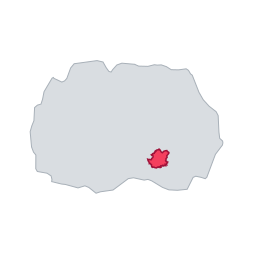 Demir Kapija, Demir Kapija, North Macedonia shown in context, rotated 17°
{"feature_id": "65306769B1402835444879", "entity_name": "Demir Kapija", "entity_type": "district", "adm_level": 2, "iso_a3": "MKD", "parent_name": "North Macedonia", "parent_adm1": "Demir Kapija", "projection": "equal_earth", "projection_center": [22.242, 41.393], "detail": "fine", "context": "in_parent", "style": "filled", "palette": "rose", "viewbox_px": 256, "rotation_deg": 17, "n_neighbors": 0, "source": "geoboundaries", "source_scale": "gbopen_adm2", "svg_char_len": 2242}
<svg xmlns="http://www.w3.org/2000/svg" viewBox="0 0 256 256"><g transform="rotate(17 128 128)"><path d="M116.0,65.2L120.1,65.7L129.1,63.2L134.7,59.8L137.6,59.3L141.4,57.9L146.8,58.1L152.3,59.6L159.4,57.6L166.3,54.4L169.0,55.2L172.0,58.0L174.0,58.7L185.5,73.2L191.7,79.0L199.1,83.4L207.6,86.7L210.6,89.8L216.1,105.2L218.7,111.1L222.3,112.8L223.1,114.5L223.3,116.7L219.3,127.6L217.8,152.0L216.7,153.9L212.5,153.8L206.9,154.3L204.7,156.2L202.5,169.3L193.5,173.1L185.2,175.2L178.3,174.7L166.1,171.6L162.1,171.3L158.7,173.1L147.8,174.0L143.1,176.3L131.8,191.7L120.4,197.0L116.5,199.7L107.9,196.3L103.7,195.9L97.7,199.9L84.5,200.3L80.9,201.0L70.7,201.6L70.3,199.4L68.5,196.3L63.7,194.9L54.0,196.1L51.7,193.9L47.8,180.8L44.7,178.7L41.3,174.3L35.5,160.1L35.4,153.9L35.9,148.5L32.7,135.8L34.7,132.6L37.8,130.6L37.9,125.5L37.1,117.8L40.8,102.6L41.8,101.5L42.7,102.2L51.3,103.4L53.6,101.5L55.0,98.5L55.6,87.4L57.7,82.3L78.7,72.6L84.8,72.2L89.5,76.7L93.2,79.5L95.5,79.4L96.3,76.6L98.9,71.0L103.2,67.8L115.9,65.1L116.0,65.2Z" fill="#d9dde1" stroke="#a8b0b8" stroke-width="1"/><path d="M174.0,144.7L173.2,143.2L174.4,140.4L174.2,139.4L172.4,138.9L171.8,138.2L170.6,138.7L169.0,139.8L168.1,141.6L167.3,141.5L166.2,140.8L165.3,139.7L164.6,139.7L164.2,139.1L163.7,139.2L163.6,139.8L162.0,140.6L161.0,141.8L161.5,142.1L161.3,142.5L160.8,142.6L160.9,143.0L160.6,143.1L160.4,143.5L160.5,144.5L159.9,144.7L159.3,145.8L159.0,145.6L158.9,146.0L158.1,146.8L158.9,147.3L159.3,147.0L159.5,147.2L160.2,147.4L160.4,148.3L160.3,149.1L159.5,150.3L159.7,150.6L159.4,151.6L157.7,151.9L157.4,151.8L156.9,152.2L156.0,152.1L156.8,153.5L157.4,153.8L158.6,155.2L158.8,155.9L159.7,155.4L160.5,156.1L161.1,156.1L161.1,156.5L161.9,157.9L162.4,158.3L162.7,158.0L163.2,158.4L164.1,157.8L165.3,158.1L167.0,157.8L167.5,156.9L167.9,156.9L168.3,156.4L168.7,156.6L169.4,155.9L170.2,156.5L171.0,156.0L170.4,155.3L170.4,154.5L170.8,154.4L171.3,154.6L172.2,154.1L172.3,153.8L172.1,153.5L172.3,153.4L173.0,153.9L173.5,153.3L174.1,153.3L174.2,153.0L174.9,153.0L174.4,152.2L175.0,152.3L175.3,151.9L175.8,151.9L175.0,150.6L176.0,149.8L175.9,149.1L175.6,149.3L174.8,148.6L174.0,148.7L173.5,148.3L173.7,147.4L173.3,146.1L174.0,144.7Z" fill="#f43f5e" stroke="#9f1239" stroke-width="1.5"/></g></svg>